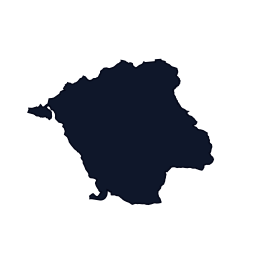 the district of Cosbuc, Bistrita-Nasaud, Romania, rotated 226°
{"feature_id": "2599482B13321846656416", "entity_name": "Cosbuc", "entity_type": "district", "adm_level": 2, "iso_a3": "ROU", "parent_name": "Romania", "parent_adm1": "Bistrita-Nasaud", "projection": "robinson", "projection_center": [24.4, 47.372], "detail": "fine", "context": "isolated", "style": "filled", "palette": "ink", "viewbox_px": 256, "rotation_deg": 226, "n_neighbors": 0, "source": "geoboundaries", "source_scale": "gbopen_adm2", "svg_char_len": 5766}
<svg xmlns="http://www.w3.org/2000/svg" viewBox="0 0 256 256"><g transform="rotate(226 128 128)"><path d="M181.1,170.1L180.4,169.8L180.2,169.5L180.1,169.1L180.5,168.2L180.4,167.1L180.5,166.2L181.1,164.9L181.3,161.0L181.4,160.4L181.8,159.1L183.2,156.2L183.6,155.6L184.6,154.9L185.9,154.2L186.8,153.1L187.5,152.1L187.5,150.8L187.3,150.0L187.6,149.2L187.7,148.1L187.5,147.6L186.5,146.6L186.3,146.0L186.0,144.7L185.0,142.1L185.0,141.7L185.2,141.0L185.5,140.5L185.8,139.1L187.3,137.4L187.6,134.8L188.5,133.5L189.1,132.9L190.9,132.3L194.1,132.6L194.9,132.5L195.2,132.2L196.2,131.8L196.0,131.3L195.7,129.7L195.8,129.1L196.5,127.8L196.1,124.8L196.1,123.9L196.4,122.1L197.1,120.9L197.4,119.0L198.4,117.9L199.1,117.6L200.0,117.5L201.1,116.6L202.3,116.0L202.0,115.6L202.0,115.3L202.2,114.1L202.1,113.7L202.3,113.2L201.5,113.0L201.7,112.1L201.6,111.2L201.1,109.3L200.6,109.3L199.1,108.7L199.8,107.6L200.7,104.6L199.7,102.5L200.8,95.5L201.5,94.4L201.5,94.1L203.6,91.5L201.1,87.8L200.8,86.6L201.2,85.6L201.2,84.8L201.3,84.1L201.2,82.3L201.6,81.7L202.0,81.5L202.1,80.9L203.3,80.8L204.8,81.2L205.5,81.1L205.2,80.4L205.0,78.6L205.2,77.8L205.5,77.0L206.5,76.7L206.7,76.0L207.2,75.2L208.1,73.3L208.8,72.3L210.9,70.4L209.9,69.8L208.7,67.1L204.0,70.0L203.2,70.3L202.8,70.3L202.1,70.7L201.2,70.6L200.1,71.0L198.6,72.5L196.6,73.0L196.4,73.5L195.3,74.2L194.3,75.6L194.2,76.1L193.6,76.6L192.5,77.0L192.1,76.8L190.5,77.7L190.1,77.7L189.4,77.4L188.9,77.4L188.8,78.1L188.8,78.4L188.9,78.8L189.4,79.4L189.4,79.6L188.8,79.8L189.6,81.0L189.9,81.2L191.6,82.6L192.0,82.8L192.1,83.1L192.8,83.7L194.0,83.7L195.0,84.0L195.3,83.9L195.7,83.6L196.8,83.2L199.8,83.3L199.9,84.8L200.5,86.6L198.6,86.5L197.8,87.0L194.4,85.8L193.4,86.7L191.7,86.7L190.6,86.5L189.7,86.1L188.9,86.1L187.0,84.6L185.6,83.0L184.5,82.5L181.6,82.6L180.7,82.4L179.5,83.0L178.0,84.0L175.9,84.5L175.3,84.2L174.2,82.2L172.4,82.4L169.1,80.8L167.4,78.0L163.9,78.4L163.3,78.3L162.3,78.0L160.5,77.2L159.4,76.9L158.9,76.3L155.2,75.7L150.2,75.3L147.0,75.8L146.0,75.5L144.5,76.1L140.3,75.7L139.4,74.9L139.1,73.8L138.1,73.4L135.5,73.2L133.7,71.5L131.1,70.7L128.8,69.8L127.6,69.2L123.9,68.7L122.1,68.2L120.8,66.8L119.3,66.5L118.4,66.7L116.5,68.3L114.8,69.3L112.4,69.8L111.7,68.7L111.1,66.9L110.6,66.3L108.5,65.3L107.1,64.9L105.3,64.5L103.5,64.3L103.2,63.8L101.6,63.8L100.3,64.3L100.1,62.4L99.9,61.8L99.6,60.2L99.5,58.4L101.1,57.2L104.8,57.1L105.1,56.6L105.5,53.2L103.8,52.1L103.6,51.7L102.3,53.1L95.6,58.2L94.6,59.4L93.9,61.0L93.7,62.3L93.7,62.9L94.0,64.3L94.4,65.6L95.3,67.0L98.0,70.1L96.0,70.8L95.5,70.4L94.5,71.0L94.0,71.5L92.1,70.3L91.6,69.8L91.4,69.9L89.0,72.4L87.7,72.8L86.2,74.1L85.2,74.6L82.5,74.8L81.2,75.1L80.1,75.0L78.3,75.5L76.4,76.2L73.6,77.5L70.6,78.1L70.1,78.4L69.1,80.8L68.3,81.6L67.2,82.4L66.2,83.7L63.7,85.8L62.4,87.3L60.4,88.4L59.5,89.3L59.0,89.6L57.3,92.5L56.5,94.3L55.9,95.3L54.1,96.8L52.7,98.5L52.4,99.2L51.8,99.9L52.2,100.4L52.7,100.5L53.3,100.9L55.0,101.7L57.8,102.1L58.3,102.6L60.0,103.5L61.6,105.3L62.0,106.0L61.9,107.1L62.2,107.6L62.1,109.0L62.3,109.3L62.4,109.8L63.5,110.8L63.3,112.3L63.6,113.7L63.4,114.2L63.1,114.5L64.5,117.4L65.7,118.8L66.4,120.2L67.2,121.1L68.4,122.9L68.5,123.0L68.9,122.7L70.5,124.0L70.6,125.3L69.6,125.8L69.7,127.2L69.8,130.4L69.9,131.0L70.3,131.5L69.7,132.3L69.8,132.4L69.5,132.8L69.3,133.7L68.8,133.8L68.4,134.3L67.6,135.0L65.6,136.0L64.4,137.7L63.7,138.2L62.9,139.0L62.0,140.4L59.7,142.1L58.5,143.2L58.1,143.6L57.6,144.5L56.5,145.6L56.0,146.0L54.5,146.7L53.2,148.0L52.4,149.2L51.9,149.0L51.2,149.3L50.6,149.7L48.5,150.7L46.5,152.0L46.5,153.2L47.0,154.5L47.0,154.8L47.2,155.2L48.5,156.5L48.6,157.1L47.5,159.5L46.6,160.2L45.4,161.6L45.3,162.9L45.1,163.4L45.1,164.6L45.2,165.3L45.6,166.4L46.3,167.7L46.6,167.6L46.9,167.7L47.9,168.3L48.5,168.4L49.3,168.2L49.9,167.8L50.4,168.3L50.9,168.3L52.3,168.7L53.5,169.2L53.4,170.0L53.8,171.0L54.2,171.5L54.8,172.4L55.4,173.2L56.3,175.0L58.1,176.3L60.7,176.1L61.9,176.8L62.8,178.0L64.3,178.4L65.9,179.7L67.3,179.5L68.2,180.1L69.1,180.8L69.4,181.3L73.8,180.1L76.2,178.7L76.9,178.0L78.7,177.0L79.3,177.2L81.1,177.3L82.9,176.4L84.6,176.3L84.9,177.3L84.8,177.5L84.3,178.0L84.1,178.3L83.9,179.7L84.2,180.9L84.7,181.6L85.3,181.4L87.0,181.5L89.2,181.8L90.6,181.5L91.8,181.6L92.1,181.5L94.4,180.3L96.9,180.0L97.5,180.2L97.4,180.3L97.6,180.3L98.4,180.7L98.2,182.6L99.7,181.4L100.1,181.6L101.6,181.4L103.2,180.9L103.9,180.4L105.5,180.3L106.3,180.1L107.0,180.5L107.5,180.3L107.8,180.3L108.1,180.8L108.5,180.9L109.1,180.9L109.6,181.0L110.3,180.7L110.4,181.3L110.8,181.5L111.7,181.0L113.4,182.2L115.5,182.3L115.7,182.7L115.8,182.8L116.6,182.8L117.4,183.3L117.5,183.5L119.4,183.9L120.0,183.9L121.0,184.6L121.6,185.4L122.0,185.6L122.8,185.6L123.0,185.9L122.9,186.2L123.1,186.5L124.0,186.7L124.4,187.0L124.1,187.4L124.0,187.8L124.4,188.2L124.5,188.7L124.1,189.2L124.1,189.3L124.4,189.7L124.3,189.9L124.1,190.0L124.3,190.5L124.5,190.7L124.8,191.2L124.6,191.6L124.0,191.8L124.4,192.8L124.1,193.1L123.8,193.6L124.0,194.5L124.3,194.8L124.3,195.4L124.6,195.5L124.8,195.9L124.6,196.3L125.4,196.9L125.3,197.2L125.3,197.3L125.7,197.7L125.9,198.0L126.4,197.7L126.6,197.8L126.5,198.1L126.7,198.3L127.4,198.4L127.7,198.9L129.0,198.8L129.7,199.1L131.3,198.9L132.4,199.2L132.6,199.3L132.7,200.2L133.0,201.0L133.3,201.3L133.6,202.1L134.0,202.6L135.4,203.6L135.6,203.6L135.9,203.5L136.0,203.7L136.9,204.3L138.4,203.6L140.3,202.5L141.9,201.7L145.0,201.5L146.5,200.8L149.1,199.9L150.0,200.7L153.4,198.6L154.5,199.1L157.8,195.1L156.5,193.7L163.0,185.6L164.4,185.2L164.0,184.0L163.8,183.0L164.0,181.8L165.0,179.3L164.9,178.5L165.1,178.0L165.2,176.6L165.7,175.2L167.7,174.7L169.1,174.6L170.0,174.8L171.3,175.7L172.4,175.3L173.2,174.8L173.5,174.4L173.8,173.2L174.2,173.0L175.8,172.7L176.1,172.4L177.9,172.2L180.2,170.8L181.1,170.1Z" fill="#0f172a" stroke="#020617" stroke-width="1.5"/></g></svg>